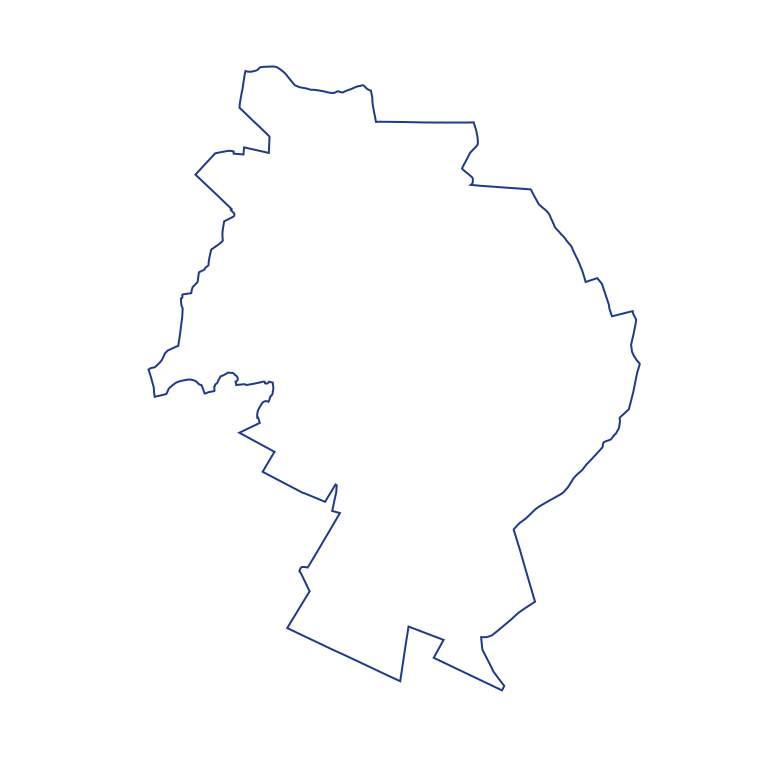 Terebesti, Satu Mare, Romania (Mercator projection), rotated 107°
{"feature_id": "2599482B23663096726600", "entity_name": "Terebesti", "entity_type": "district", "adm_level": 2, "iso_a3": "ROU", "parent_name": "Romania", "parent_adm1": "Satu Mare", "projection": "mercator", "projection_center": [22.739, 47.671], "detail": "fine", "context": "isolated", "style": "outline", "palette": "blue", "viewbox_px": 768, "rotation_deg": 107, "n_neighbors": 0, "source": "geoboundaries", "source_scale": "gbopen_adm2", "svg_char_len": 6142}
<svg xmlns="http://www.w3.org/2000/svg" viewBox="0 0 768 768"><g transform="rotate(107 384 384)"><path d="M241.6,167.5L252.6,185.8L246.0,190.5L242.3,192.2L224.5,204.9L220.4,211.0L227.5,221.0L225.0,222.6L218.3,227.1L215.5,229.3L214.2,230.5L213.1,231.2L208.4,235.2L204.7,238.8L202.0,241.2L201.1,242.1L199.1,243.7L197.5,245.2L196.5,246.6L194.4,250.1L191.9,253.3L189.8,256.7L188.9,258.7L187.7,260.3L186.5,262.5L184.1,266.4L181.3,268.6L180.8,269.3L179.5,270.2L178.4,271.2L176.8,272.8L174.9,274.2L173.7,275.3L172.3,277.0L171.7,278.3L170.9,279.3L167.2,288.0L166.2,289.2L159.8,295.8L155.6,299.9L155.0,300.6L166.2,349.4L168.2,359.3L166.6,358.2L165.7,358.1L164.7,358.2L163.2,358.6L162.0,359.0L161.4,359.3L160.4,360.5L158.7,364.4L157.4,367.7L155.7,371.5L155.5,372.0L154.9,372.4L152.2,372.0L146.3,370.8L139.6,369.6L137.6,369.2L129.7,365.2L127.9,364.5L127.0,364.5L124.8,365.1L123.4,365.6L120.9,366.6L114.5,370.0L107.5,374.8L108.0,375.7L115.7,400.6L122.1,421.9L128.0,442.8L134.7,465.6L135.7,468.3L120.9,476.1L117.8,477.5L113.8,478.8L107.3,482.3L107.4,483.0L106.8,486.3L105.9,488.1L104.8,490.0L104.5,490.9L104.5,491.2L104.7,492.0L105.4,493.3L105.9,493.8L106.4,495.0L107.7,497.2L108.8,498.5L111.9,502.0L113.2,504.0L115.8,507.1L117.3,508.7L117.6,510.7L117.5,511.9L117.4,513.1L117.5,513.7L119.6,516.0L120.3,517.1L121.0,519.3L121.4,521.6L121.6,524.1L121.7,527.1L122.4,532.7L123.2,537.3L124.0,539.7L124.1,545.0L124.8,550.7L124.8,552.6L124.6,553.9L124.6,554.4L124.4,556.5L123.3,558.3L122.4,559.7L121.2,561.5L120.8,562.0L118.6,565.4L117.4,566.9L116.1,569.1L114.9,571.4L114.1,573.6L113.4,575.3L112.7,577.6L112.4,578.8L112.4,580.2L112.7,582.7L113.6,585.2L114.6,588.0L115.4,590.5L116.4,593.1L117.2,594.6L117.9,595.5L119.1,596.0L120.1,596.5L121.1,597.3L122.4,599.1L123.0,600.3L124.0,601.8L124.4,603.0L124.8,604.3L125.1,605.5L125.2,608.0L128.8,607.7L139.1,606.2L142.8,605.6L148.3,605.1L157.2,604.0L162.0,603.0L171.7,584.0L172.8,581.5L176.1,575.0L178.2,570.9L180.1,567.1L180.9,565.9L181.6,565.6L196.7,561.7L198.6,587.0L205.6,585.5L207.4,593.9L207.7,595.0L207.5,595.3L207.1,595.5L206.5,595.5L205.6,595.8L205.6,597.2L206.3,600.2L206.7,601.4L210.9,609.5L213.0,613.2L213.3,613.3L213.5,613.2L231.7,622.1L232.3,622.3L238.9,625.5L241.9,619.5L251.1,601.0L261.3,580.8L262.4,581.4L264.5,577.4L265.0,576.9L265.5,576.6L266.1,576.5L267.1,576.5L267.8,576.8L268.3,577.3L275.2,584.4L280.9,583.7L285.9,582.9L288.8,582.1L292.7,580.6L293.9,580.1L294.6,580.2L295.6,580.8L300.0,583.7L300.4,584.2L304.8,587.6L305.2,588.1L306.0,588.5L314.4,587.9L317.9,587.4L321.8,586.6L322.2,586.8L324.6,588.5L325.4,588.9L327.1,589.2L331.0,593.3L331.4,593.6L331.7,593.6L340.8,592.1L342.1,592.6L346.0,594.6L346.8,595.1L347.4,595.3L348.9,595.3L350.2,595.4L353.2,594.9L353.5,594.9L357.0,602.3L357.5,602.9L358.0,602.9L359.9,602.2L360.3,602.1L360.7,602.4L361.1,602.8L361.6,603.2L363.5,602.5L365.8,601.7L367.7,600.8L368.8,600.2L370.6,598.6L378.3,596.7L380.5,596.2L384.0,595.7L396.8,593.5L407.7,591.9L408.1,592.5L409.2,593.8L415.2,600.6L416.4,601.2L418.9,602.5L421.4,602.7L426.0,603.5L427.8,604.1L430.8,605.6L435.0,608.1L437.1,611.8L439.0,613.4L442.6,610.9L445.1,609.2L452.8,604.3L454.1,603.4L455.9,602.7L460.2,601.1L460.3,600.9L463.3,599.6L458.8,591.8L457.3,589.4L456.7,589.1L453.5,588.7L451.8,588.6L450.1,587.8L446.8,585.7L444.2,583.8L442.8,582.5L441.8,581.1L440.5,579.2L438.6,575.7L437.9,574.4L437.2,572.9L436.6,571.4L436.2,569.3L436.1,567.6L436.2,565.6L436.4,564.6L436.7,563.9L437.4,562.4L437.9,561.8L438.2,561.2L438.5,559.4L438.4,558.7L438.4,558.3L438.5,558.1L440.1,556.8L445.2,553.0L445.6,552.6L445.5,552.3L444.1,550.6L442.9,549.0L440.5,544.4L440.3,544.2L440.1,544.1L439.9,544.1L436.2,545.6L435.9,545.3L435.6,545.2L435.3,545.1L434.7,545.3L433.9,545.3L433.3,544.9L432.4,544.2L431.8,543.9L431.2,543.7L430.0,543.6L428.8,543.5L424.5,542.4L424.1,542.1L424.0,541.9L422.7,540.2L418.8,536.5L418.7,536.3L417.9,532.9L417.7,531.6L417.8,531.0L418.0,530.5L418.7,529.5L419.0,528.9L419.0,528.5L419.5,527.3L419.9,526.8L420.5,526.1L421.0,525.7L421.9,525.3L422.4,525.2L423.1,525.2L423.7,525.4L424.2,525.8L424.8,526.4L425.3,526.7L426.5,525.8L428.2,525.0L427.7,524.0L425.1,517.7L425.0,517.0L425.0,516.4L425.1,515.8L425.2,515.3L422.2,509.3L419.9,505.1L416.8,499.7L416.8,499.0L417.0,498.5L417.4,498.2L418.1,497.9L417.9,496.1L416.6,495.0L415.4,494.5L415.2,490.8L415.8,490.6L418.5,489.3L420.1,488.7L421.6,488.3L422.8,488.2L423.9,488.1L425.9,487.7L426.2,487.7L427.6,488.1L428.1,488.4L428.8,488.9L429.1,489.0L433.1,489.0L434.8,489.3L434.7,489.7L434.7,490.5L434.8,491.6L435.0,492.2L435.7,493.3L436.4,494.0L437.3,494.7L438.0,495.0L441.5,495.9L444.0,496.4L445.8,496.7L446.9,496.8L448.6,496.6L450.3,496.3L451.5,496.0L453.3,495.3L452.9,494.6L457.5,491.4L472.9,508.1L480.9,468.8L481.5,469.1L503.4,474.4L503.5,474.1L511.9,429.6L511.7,428.5L513.9,405.9L494.3,401.0L494.7,399.6L501.2,398.1L510.4,397.3L517.1,396.7L520.6,396.4L520.3,388.4L564.6,399.0L581.8,403.3L581.9,404.3L582.2,406.3L582.6,407.7L582.9,408.7L583.5,409.4L584.1,409.8L585.4,410.1L586.5,410.2L587.2,410.0L587.9,410.1L588.3,409.4L589.6,407.8L603.2,395.3L603.8,394.5L645.7,405.2L653.2,354.7L654.5,344.3L659.2,311.9L661.9,293.4L663.5,281.6L627.3,287.0L608.8,289.6L611.3,252.2L631.3,256.4L642.5,181.6L637.6,180.7L631.3,189.5L627.0,195.3L624.2,197.8L615.6,206.1L609.6,212.0L607.4,213.1L597.7,217.1L596.2,212.1L594.8,209.9L592.9,207.4L588.2,204.1L572.1,193.6L566.9,190.6L562.9,188.1L558.2,184.4L554.2,181.1L548.1,175.9L520.6,194.0L502.0,206.1L485.2,217.5L479.4,214.8L476.6,213.2L471.5,209.3L467.2,206.8L461.8,203.9L458.5,201.9L455.0,199.1L446.4,191.1L438.0,183.0L436.0,181.3L434.8,180.6L429.0,177.9L418.6,175.1L416.0,173.9L412.2,171.8L409.8,170.1L407.4,168.9L404.4,167.9L401.6,166.8L395.2,163.5L381.7,157.0L380.6,156.6L379.7,156.6L377.6,157.0L376.3,157.0L375.3,156.7L374.6,156.0L371.8,152.2L370.6,150.8L365.7,149.0L363.5,147.7L357.4,146.4L350.9,147.4L350.0,147.7L348.5,148.4L347.6,148.7L346.8,148.5L336.9,142.6L336.2,142.5L328.5,142.8L318.4,143.3L299.2,145.2L292.2,145.2L290.9,145.1L290.2,145.3L289.6,145.7L286.7,150.2L283.3,153.9L280.6,156.3L274.2,159.2L263.0,160.0L252.8,161.0L249.0,161.6L247.3,163.0L243.9,166.3L241.6,167.5Z" fill="none" stroke="#1e3a8a" stroke-width="2"/></g></svg>